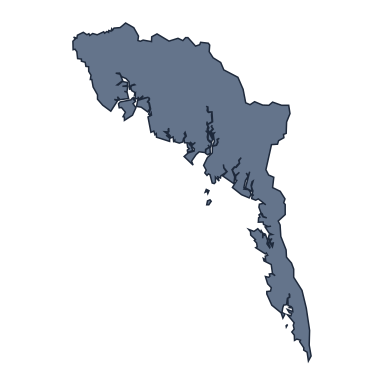 the district of Chimán, Panama
{"feature_id": "35544464B77080496682008", "entity_name": "Chimán", "entity_type": "district", "adm_level": 2, "iso_a3": "PAN", "parent_name": "Panama", "parent_adm1": "", "projection": "robinson", "projection_center": [-78.645, 8.659], "detail": "fine", "context": "isolated", "style": "filled", "palette": "slate", "viewbox_px": 384, "rotation_deg": 0, "n_neighbors": 0, "source": "geoboundaries", "source_scale": "gbopen_adm2", "svg_char_len": 6000}
<svg xmlns="http://www.w3.org/2000/svg" viewBox="0 0 384 384"><path d="M288.7,105.3L281.6,105.3L272.6,102.1L268.9,105.3L262.7,105.1L254.6,101.7L250.0,104.7L245.7,102.8L243.1,89.3L237.9,77.3L223.8,69.9L220.7,62.5L213.1,57.8L209.2,51.7L209.7,45.1L208.3,43.2L200.6,42.3L199.7,44.7L195.5,46.1L187.9,37.6L185.6,37.6L182.9,40.6L178.0,38.3L169.0,41.1L157.0,33.9L151.7,36.8L151.5,41.6L143.1,40.1L140.3,41.3L137.9,40.5L138.5,36.1L133.8,27.7L125.6,23.0L120.1,27.6L114.0,28.1L112.6,30.2L111.7,28.8L111.0,31.2L108.8,30.5L108.6,32.4L106.9,31.5L104.6,33.2L103.7,31.8L97.2,34.8L92.7,33.5L89.8,35.5L88.9,33.7L86.9,34.7L83.3,32.3L77.4,35.2L76.8,38.2L73.6,37.1L75.4,38.8L72.9,41.2L73.1,49.7L75.0,49.2L76.8,51.6L77.6,58.6L81.4,59.1L81.4,61.2L85.2,62.3L85.9,66.4L88.6,66.7L88.7,71.3L91.0,75.2L90.3,79.5L91.8,79.5L93.1,87.0L97.5,94.8L97.5,99.2L102.7,105.2L110.8,111.2L117.4,101.0L114.3,99.4L118.6,100.1L117.5,96.7L120.0,99.7L128.6,98.5L127.1,92.3L124.3,91.3L127.0,91.8L127.7,86.4L122.4,86.3L127.4,85.5L127.4,82.5L122.5,81.5L118.2,85.0L117.1,84.9L122.7,80.6L120.1,74.2L115.7,73.2L119.6,73.1L121.5,76.6L126.1,78.6L129.0,81.8L129.6,89.8L131.0,85.5L134.2,84.3L134.9,84.8L131.5,85.7L130.7,87.7L131.7,90.6L134.9,92.5L134.6,94.4L135.4,93.4L135.1,98.4L137.5,98.9L138.5,96.8L138.1,98.8L139.4,98.9L143.3,95.7L140.1,98.9L148.5,97.2L137.7,100.4L136.5,106.4L141.2,107.2L147.7,111.9L149.9,108.8L148.9,103.1L147.4,101.9L149.3,99.2L148.5,97.5L149.4,98.4L149.4,99.9L147.9,101.6L149.3,102.9L150.6,109.0L148.6,114.2L150.0,115.4L151.2,113.0L151.5,115.2L148.0,117.0L150.9,132.3L153.8,131.1L155.0,134.8L156.3,133.7L156.5,137.2L169.6,141.4L169.6,138.2L166.1,135.2L169.7,137.5L169.9,136.1L164.6,131.7L168.4,131.9L168.2,129.6L168.7,128.1L168.9,131.5L167.5,133.0L170.1,135.7L170.2,138.2L173.1,136.9L173.6,141.3L174.8,140.2L174.8,141.7L179.3,143.1L182.7,142.0L183.6,138.4L185.6,136.2L184.2,133.7L185.1,132.3L186.3,136.1L184.0,138.9L184.6,142.8L187.0,142.8L187.6,147.2L189.3,148.7L187.3,150.1L187.6,152.2L192.8,150.6L190.6,145.0L189.2,144.9L190.7,144.5L189.2,144.2L188.8,143.2L191.4,144.1L190.0,141.9L192.8,144.3L195.4,142.4L191.3,146.1L194.4,148.8L194.1,151.1L188.2,152.9L184.1,156.5L193.1,165.1L191.6,161.1L196.1,154.6L199.2,151.8L205.4,152.6L205.6,149.4L209.5,147.0L208.0,144.9L209.7,147.1L205.9,149.6L205.6,153.3L207.5,154.7L210.3,153.3L210.0,148.5L211.6,143.2L209.6,141.9L207.8,139.8L207.3,137.0L207.9,133.1L205.7,130.6L208.2,132.8L208.1,139.6L211.6,142.0L212.6,139.4L207.2,129.2L208.0,126.7L206.8,124.2L207.1,121.6L207.2,124.5L212.0,121.7L211.5,114.9L211.9,112.4L211.5,111.9L208.7,112.5L207.9,112.0L207.1,110.6L207.6,107.1L206.1,106.3L207.9,107.0L208.1,111.9L212.0,111.9L212.6,121.8L207.5,124.7L208.9,127.8L207.9,129.7L213.9,139.6L210.6,131.3L212.8,128.7L211.3,126.6L212.2,125.2L211.6,126.8L213.3,129.1L210.9,131.8L213.0,133.7L213.9,132.9L214.4,132.8L213.3,134.4L214.4,141.7L212.6,145.5L215.8,145.4L217.6,142.4L217.1,139.4L219.3,138.3L217.4,139.7L218.0,142.3L216.5,145.3L212.4,146.3L212.3,152.9L207.3,157.7L203.6,165.4L206.2,170.1L204.8,172.9L207.0,175.4L208.4,173.9L210.0,174.7L212.2,183.0L214.2,183.6L215.5,182.3L215.4,177.1L219.1,181.1L217.9,176.9L220.5,178.0L220.8,175.9L226.6,172.0L223.8,168.0L223.4,164.4L223.9,167.7L227.1,171.6L222.8,176.0L233.9,183.7L234.7,176.9L232.0,169.6L234.4,166.9L235.9,167.1L237.0,165.3L239.4,163.1L238.7,160.3L241.2,157.6L239.0,160.7L239.6,163.4L236.2,167.4L234.4,167.4L232.4,170.4L235.4,175.6L239.4,172.3L235.7,176.0L235.5,180.0L236.8,180.4L232.4,187.5L241.5,194.7L249.2,197.9L250.9,194.8L250.4,192.1L248.5,189.7L244.0,189.1L244.9,187.9L243.9,187.6L245.5,180.3L248.1,176.5L246.2,173.0L248.4,175.7L249.7,171.7L245.5,187.8L252.2,191.4L251.1,185.3L252.1,181.7L253.1,181.0L251.4,186.6L252.9,190.9L252.2,194.4L253.8,195.4L252.2,195.1L251.7,198.6L255.7,200.2L258.3,198.9L265.8,204.8L263.6,203.3L259.4,204.2L258.9,207.2L260.9,212.7L262.3,213.9L263.1,216.4L266.8,217.9L263.0,216.9L260.9,213.4L259.0,214.8L259.9,217.2L258.6,217.8L258.3,222.2L263.1,222.0L263.5,224.4L268.0,226.6L271.1,226.2L265.1,227.0L269.0,233.0L272.2,234.5L269.1,234.9L268.3,238.3L269.9,239.4L268.3,239.0L269.4,240.5L272.0,238.5L270.0,241.4L271.9,244.6L273.5,242.2L272.4,246.9L269.1,241.7L268.2,243.2L270.0,247.1L269.7,247.8L266.9,243.8L267.7,240.7L265.4,234.2L263.7,233.5L265.0,235.6L263.2,234.4L262.7,238.3L262.7,233.2L261.2,230.7L260.8,232.1L257.8,228.7L254.0,231.4L248.7,229.4L250.5,231.6L250.7,235.1L255.4,239.5L254.3,240.5L256.6,243.0L257.2,246.8L255.7,247.7L265.4,253.9L266.3,253.0L267.7,255.3L265.2,256.2L265.6,259.9L263.4,258.5L264.0,260.9L271.2,264.5L272.5,273.5L275.2,275.7L271.9,273.6L269.3,274.0L269.9,276.2L268.7,277.3L265.4,276.5L267.7,283.9L271.3,287.7L270.5,291.1L266.8,291.5L266.8,294.0L271.8,305.2L281.1,312.8L282.9,318.1L285.0,314.0L282.0,312.4L282.8,307.6L283.7,305.1L286.5,304.7L287.4,298.3L289.7,296.9L289.3,295.9L289.6,294.9L289.1,294.3L289.2,294.0L289.4,294.0L289.7,294.9L289.7,297.2L287.8,298.4L288.1,305.6L290.9,306.5L289.4,307.6L292.4,308.0L292.8,311.6L287.4,309.5L289.4,312.8L291.7,313.2L290.9,315.8L287.5,314.8L294.2,322.8L293.2,325.2L294.2,329.1L291.8,332.0L294.3,335.2L294.5,340.4L296.8,339.1L300.5,340.2L299.7,341.7L303.8,347.8L303.7,350.1L307.1,352.2L308.4,361.0L311.1,356.0L309.2,345.1L309.6,330.4L306.3,308.2L302.0,290.4L293.7,277.3L293.7,269.1L291.5,263.1L286.5,257.2L286.1,249.9L280.8,236.4L280.1,225.0L278.2,221.0L285.2,214.6L285.2,204.5L283.7,202.7L285.0,198.9L280.2,191.3L272.6,187.6L273.8,177.3L268.6,175.0L265.9,169.7L271.5,144.6L277.5,144.2L278.6,140.7L283.9,137.7L283.5,134.4L286.2,133.4L286.6,122.0L290.0,113.6L288.7,105.3ZM135.9,107.7L133.0,103.7L135.5,101.3L134.7,98.6L133.0,97.4L134.7,100.7L132.4,98.1L130.9,99.9L120.1,102.0L118.5,103.8L119.2,107.8L121.5,107.5L125.4,112.2L123.0,116.7L124.4,117.1L124.4,120.4L132.5,115.2L135.9,107.7ZM211.2,201.3L210.0,199.8L207.5,200.9L206.7,204.8L208.8,204.8L211.2,201.3ZM209.0,190.7L206.3,189.4L205.2,192.2L207.2,191.3L207.8,193.5L209.0,190.7ZM286.3,326.9L287.3,325.1L287.1,324.9L286.1,325.8L286.3,326.9Z" fill="#64748b" stroke="#1e293b" stroke-width="1.5"/></svg>